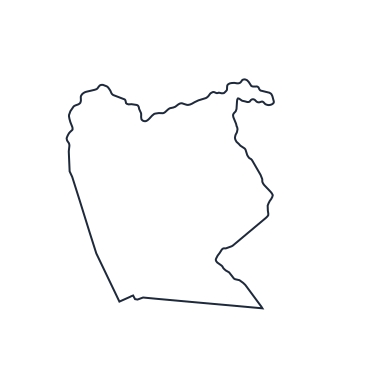 map outline of Nyanza (Albers equal-area conic projection), rotated 336°
{"feature_id": "KEN-1197", "entity_name": "Nyanza", "entity_type": "Province", "adm_level": 1, "iso_a3": "KEN", "parent_name": "Kenya", "parent_adm1": "", "projection": "albers", "projection_center": [34.762, -0.553], "detail": "fine", "context": "isolated", "style": "outline", "palette": "slate", "viewbox_px": 384, "rotation_deg": 336, "n_neighbors": 0, "source": "natural_earth", "source_scale": "10m", "svg_char_len": 3969}
<svg xmlns="http://www.w3.org/2000/svg" viewBox="0 0 384 384"><g transform="rotate(336 192 192)"><path d="M209.0,326.9L183.6,312.7L149.8,293.9L116.1,275.1L104.4,268.5L98.5,268.1L96.4,266.7L96.1,262.6L93.7,262.5L93.0,262.6L81.1,262.6L80.2,230.6L79.6,209.2L82.1,186.7L85.9,154.4L88.7,129.5L88.6,123.4L95.9,104.9L96.5,103.8L98.8,99.9L99.1,99.1L99.3,98.2L99.4,97.4L98.9,94.6L98.9,93.7L99.1,92.8L99.3,92.0L99.7,91.5L100.1,91.1L101.6,89.7L103.5,88.3L105.0,87.6L107.9,86.6L108.3,86.3L108.6,85.7L109.0,84.5L109.1,83.8L109.3,78.7L109.8,75.3L110.4,72.8L110.7,72.2L111.0,71.6L113.8,68.7L118.5,65.8L119.5,65.5L121.0,65.5L123.8,65.7L125.2,65.5L126.2,65.1L126.7,64.6L127.2,64.0L127.7,63.3L128.9,60.3L129.2,59.7L129.6,59.2L129.9,58.9L131.0,58.2L131.8,57.8L132.6,57.6L133.5,57.4L134.7,57.3L136.0,57.4L144.4,59.0L146.3,59.2L147.2,59.1L148.0,58.8L149.3,58.0L150.8,57.3L151.7,57.1L152.8,57.3L154.2,57.9L157.0,60.7L157.6,61.6L158.1,63.2L158.6,66.1L158.6,69.1L158.8,70.0L159.1,70.7L159.5,71.4L168.1,80.0L168.4,80.7L168.4,81.5L167.9,84.0L168.4,85.0L169.6,86.1L172.5,87.2L176.6,89.8L177.4,90.5L177.8,91.2L177.9,92.0L177.9,92.9L177.5,94.6L177.5,99.4L176.9,101.0L176.2,102.4L175.9,103.2L175.5,104.6L175.4,105.2L175.6,105.8L175.9,106.4L176.3,107.1L177.0,107.7L178.0,108.3L179.1,108.5L180.4,108.4L182.4,107.8L186.6,106.0L189.2,105.3L190.2,105.4L193.8,106.4L197.5,108.2L198.6,108.3L199.9,108.1L203.5,106.9L204.7,106.6L206.0,106.5L209.2,107.2L211.5,107.3L215.2,106.4L216.4,106.3L217.2,106.3L218.0,106.5L218.8,106.8L219.4,107.3L221.7,109.4L222.8,110.3L223.5,110.7L224.3,111.0L226.0,111.3L228.1,111.3L231.0,111.0L235.2,110.9L242.6,111.8L243.6,111.8L245.4,111.3L246.1,111.0L248.2,109.8L249.0,109.4L249.9,109.3L250.8,109.2L251.7,109.2L252.5,109.5L253.1,110.0L254.6,111.6L255.2,111.9L256.0,112.1L256.7,112.1L257.3,112.4L259.1,113.8L259.8,114.1L260.5,114.4L261.4,114.6L262.2,114.4L263.8,113.8L264.5,113.5L265.2,113.1L265.7,112.5L266.8,110.3L267.2,109.6L267.6,109.0L268.2,108.6L269.0,108.3L270.0,108.2L270.9,108.2L272.6,108.6L275.0,109.5L277.6,111.2L278.3,111.5L279.1,111.7L280.0,111.8L280.8,111.6L281.6,111.3L282.9,110.5L283.4,110.2L283.9,110.1L284.6,110.2L285.3,110.3L286.0,110.6L286.7,111.1L287.7,112.2L288.0,112.9L288.6,114.6L289.3,119.2L289.8,119.8L290.4,120.3L291.1,120.7L294.2,122.0L294.8,122.6L295.3,123.5L295.3,125.4L295.5,126.4L295.9,127.2L303.1,132.8L303.5,133.4L304.0,134.1L304.3,134.8L304.4,136.3L304.4,137.2L303.6,142.4L303.3,143.2L302.6,143.9L301.4,144.3L300.3,144.4L299.3,144.3L298.4,144.1L297.6,143.9L296.9,143.5L296.3,143.1L295.2,142.1L294.7,141.5L294.4,140.7L293.8,139.0L293.4,138.4L292.9,137.9L292.1,137.7L290.2,137.5L289.3,137.2L288.7,136.8L288.1,136.2L287.7,135.6L286.8,133.3L286.3,132.7L285.7,132.2L285.0,131.9L284.2,131.8L283.4,131.9L282.0,132.6L281.3,132.9L280.5,132.8L279.7,132.6L279.0,132.2L277.2,130.7L275.4,129.4L274.8,128.9L274.4,128.2L273.2,126.2L272.7,125.6L272.1,125.2L271.1,125.8L270.1,127.3L266.4,134.3L264.9,135.9L264.2,136.3L262.7,136.9L262.0,137.3L261.3,137.8L260.8,138.4L260.5,139.3L260.2,140.6L260.0,147.6L259.5,150.2L259.6,151.1L259.4,152.1L259.1,153.2L257.7,155.2L257.1,155.9L255.3,157.3L254.7,157.9L253.4,159.7L253.2,160.2L252.9,161.8L253.0,163.4L253.1,164.3L253.4,165.0L254.4,167.3L254.9,169.0L255.2,169.6L257.7,173.5L258.0,174.3L258.1,175.2L257.5,180.5L257.5,181.3L257.9,183.6L258.0,183.9L258.2,184.4L259.4,186.1L259.6,186.7L259.8,187.4L261.6,204.3L261.4,208.8L260.4,211.3L260.4,213.2L260.8,215.1L263.9,223.8L264.4,225.8L264.5,227.7L263.3,229.2L261.5,230.6L259.4,231.8L257.4,233.4L255.6,235.2L253.7,239.9L252.9,242.8L252.2,244.2L251.1,244.9L249.3,245.6L207.3,257.6L206.1,257.7L200.3,257.3L199.5,257.1L198.8,256.7L198.1,256.4L197.2,256.3L196.4,256.5L195.7,256.8L192.4,259.0L189.6,260.5L187.1,262.5L186.6,263.0L186.1,263.7L186.0,265.1L186.4,266.7L189.1,271.3L189.5,272.4L189.6,274.1L190.1,275.6L191.0,277.5L193.2,280.5L195.1,288.1L195.8,289.1L199.5,291.9L201.8,295.9L202.9,298.6L208.7,324.8L209.0,326.9Z" fill="none" stroke="#1e293b" stroke-width="2"/></g></svg>